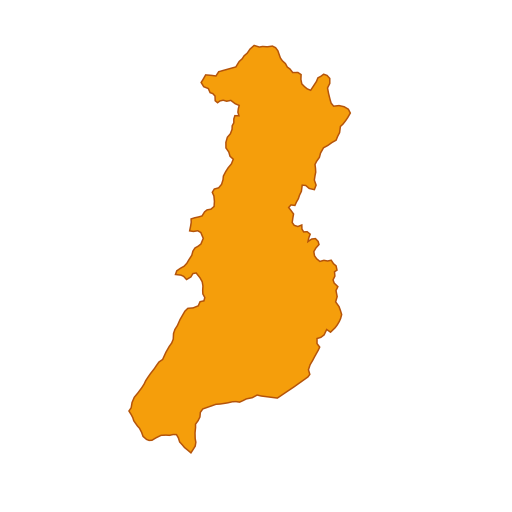 Ibirapitanga, Bahia, Brazil, rotated 15°
{"feature_id": "56859067B82282843362719", "entity_name": "Ibirapitanga", "entity_type": "district", "adm_level": 2, "iso_a3": "BRA", "parent_name": "Brazil", "parent_adm1": "Bahia", "projection": "natural_earth1", "projection_center": [-39.442, -14.059], "detail": "fine", "context": "isolated", "style": "filled", "palette": "amber", "viewbox_px": 512, "rotation_deg": 15, "n_neighbors": 0, "source": "geoboundaries", "source_scale": "gbopen_adm2", "svg_char_len": 3659}
<svg xmlns="http://www.w3.org/2000/svg" viewBox="0 0 512 512"><g transform="rotate(15 256 256)"><path d="M329.7,240.6L326.5,242.3L322.7,242.6L319.1,244.7L315.3,243.0L312.5,240.7L310.7,236.8L311.8,232.7L313.9,228.6L312.2,225.8L308.9,223.8L305.4,225.2L302.5,228.6L302.3,224.7L302.7,220.9L299.1,219.3L295.8,220.4L293.4,218.1L292.2,214.2L288.8,216.7L285.0,216.5L282.3,214.3L281.7,209.4L281.4,205.7L278.3,203.2L275.0,200.7L276.6,197.6L280.5,197.1L281.1,193.4L282.1,189.6L282.3,185.9L283.1,181.8L282.3,175.6L285.8,175.0L289.9,177.0L295.2,176.8L295.7,172.0L292.7,167.6L292.2,163.1L292.0,159.6L290.7,155.7L289.3,152.3L290.0,148.9L291.7,144.4L291.7,139.9L293.2,134.0L296.7,130.7L300.1,126.6L303.4,123.4L303.9,119.3L304.8,115.2L304.0,109.0L305.8,106.2L307.5,102.2L308.8,98.5L310.1,93.5L307.2,90.3L302.5,89.0L297.3,89.2L292.2,91.2L289.0,88.9L287.1,85.8L284.0,80.2L281.6,75.2L282.6,70.2L281.3,65.4L277.9,63.2L274.3,62.9L272.2,65.6L269.7,67.9L269.2,71.8L267.5,77.0L265.9,81.8L262.2,81.3L258.9,79.8L255.7,77.9L253.7,73.9L252.6,69.1L249.0,67.9L244.0,69.3L240.3,66.5L237.3,65.4L234.6,62.5L230.9,60.6L228.3,58.4L226.3,55.5L224.0,52.1L221.0,49.7L217.5,49.0L212.8,51.0L208.1,51.9L205.2,53.3L199.7,53.1L196.7,57.6L195.0,62.4L192.7,65.7L191.7,68.9L189.4,72.5L187.6,78.6L172.3,87.6L170.7,92.5L166.7,93.0L163.7,93.5L160.5,94.1L159.1,99.4L158.1,102.6L161.7,106.0L166.6,106.6L169.4,110.1L172.2,110.3L175.0,112.1L176.4,116.6L179.2,117.9L181.1,115.5L184.0,114.0L187.6,114.1L191.4,112.2L196.5,114.3L200.8,114.9L200.8,118.3L201.3,121.8L203.2,125.0L199.3,125.9L199.1,129.3L200.1,133.1L199.3,136.4L200.1,139.8L199.6,144.6L197.6,148.7L197.5,154.0L199.0,159.4L202.8,162.6L205.1,166.4L209.0,168.4L208.4,173.4L206.3,177.9L204.9,182.3L203.8,187.2L204.4,190.9L204.2,195.7L202.3,199.8L198.4,202.1L197.3,205.8L199.8,208.9L201.7,214.0L202.7,219.0L200.3,222.5L196.8,224.1L194.9,226.7L193.5,231.3L190.3,233.2L186.8,235.0L183.7,237.0L184.7,240.2L185.1,244.0L185.4,248.9L189.2,248.5L193.2,246.7L196.6,247.6L200.5,252.6L199.7,258.7L197.5,261.6L195.0,264.0L193.8,267.6L193.8,271.9L192.1,277.2L191.1,280.9L189.2,284.5L186.2,287.4L183.3,290.8L183.0,294.7L188.5,293.9L191.4,294.4L195.0,296.7L198.5,293.1L199.6,289.3L202.6,287.9L207.5,291.5L210.7,294.8L212.5,298.7L213.4,303.0L214.5,306.4L217.3,309.4L217.3,312.8L213.8,314.6L213.1,319.1L208.7,322.4L203.7,324.2L201.6,327.7L200.5,331.8L199.1,337.0L198.1,343.4L196.7,347.9L196.4,352.2L197.6,357.8L197.1,361.8L195.6,365.8L193.9,372.3L192.6,380.1L189.7,383.5L188.3,387.2L186.9,391.3L184.6,396.7L182.9,401.4L181.7,405.1L181.1,408.6L179.8,412.7L177.5,418.5L175.0,424.0L174.2,429.6L174.7,434.9L173.4,438.6L176.5,441.5L178.8,444.0L180.6,446.8L183.2,449.0L185.5,450.9L188.0,452.5L191.1,455.9L193.6,459.5L197.7,461.5L200.5,461.8L203.2,460.9L206.6,457.4L210.7,453.8L215.4,452.3L218.9,451.6L222.1,449.9L225.4,449.1L228.1,451.8L230.4,455.4L233.7,457.5L236.5,459.5L240.1,461.1L244.1,463.0L245.3,459.3L246.5,455.4L246.1,451.5L244.5,448.1L242.9,442.7L242.0,437.3L241.1,434.1L242.7,430.0L243.5,426.0L242.7,421.5L244.2,417.5L255.7,409.6L259.8,408.2L263.7,406.5L266.8,405.1L270.9,402.9L274.4,401.8L278.0,401.4L280.9,399.0L283.7,396.5L289.1,393.8L293.1,390.0L297.2,389.9L313.4,387.7L321.3,378.6L326.4,372.8L337.5,359.3L338.6,356.4L336.1,352.3L336.4,347.0L337.8,342.0L338.5,338.8L339.7,334.0L340.5,330.9L341.1,327.5L337.6,324.8L336.3,319.9L339.7,317.8L342.2,314.6L343.3,308.7L347.7,310.3L351.0,304.8L352.3,301.6L353.4,297.7L353.9,294.4L353.9,290.4L351.8,287.0L349.3,283.4L344.8,279.7L344.9,274.2L342.2,268.7L343.0,264.4L338.5,261.9L336.6,259.1L337.4,255.0L335.9,250.9L337.9,248.7L335.9,244.8L332.9,243.4L329.7,240.6Z" fill="#f59e0b" stroke="#b45309" stroke-width="1.5"/></g></svg>